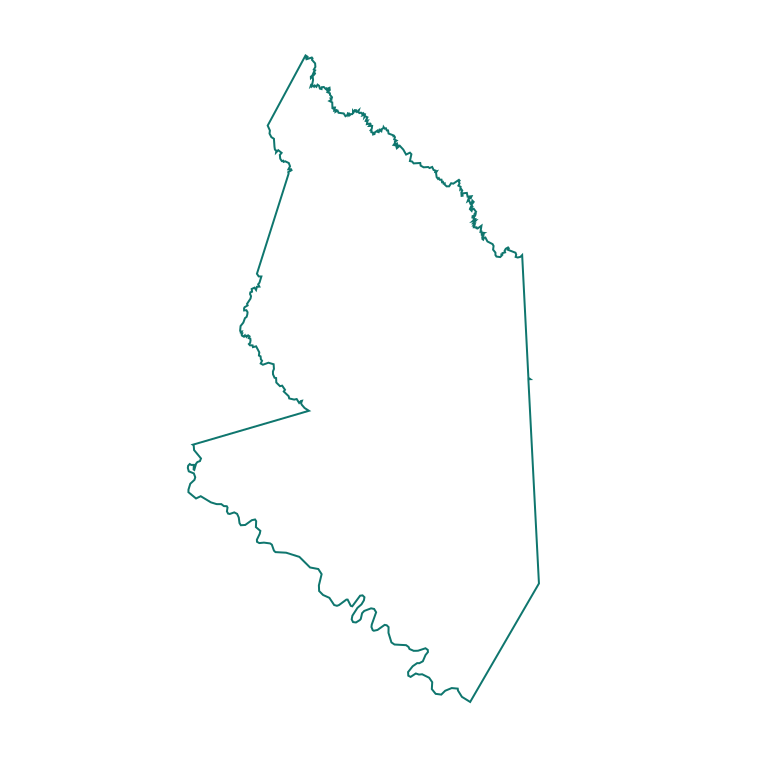 outline of Arauquita, Arauca, Colombia, rotated 216°
{"feature_id": "7082276B94752560507760", "entity_name": "Arauquita", "entity_type": "district", "adm_level": 2, "iso_a3": "COL", "parent_name": "Colombia", "parent_adm1": "Arauca", "projection": "equal_earth", "projection_center": [-71.114, 6.791], "detail": "fine", "context": "isolated", "style": "outline", "palette": "teal", "viewbox_px": 768, "rotation_deg": 216, "n_neighbors": 0, "source": "geoboundaries", "source_scale": "gbopen_adm2", "svg_char_len": 6166}
<svg xmlns="http://www.w3.org/2000/svg" viewBox="0 0 768 768"><g transform="rotate(216 384 384)"><path d="M270.2,473.1L348.0,569.5L348.4,567.0L350.2,564.9L352.2,564.2L353.1,566.4L354.8,567.5L362.7,565.4L362.8,567.1L363.9,567.4L365.0,565.0L364.7,562.6L363.4,561.7L365.1,559.5L364.3,558.1L365.1,557.7L364.3,556.7L364.6,555.0L367.9,553.2L369.6,553.8L371.1,555.8L374.7,556.8L376.5,560.1L378.4,561.0L384.1,560.1L388.1,562.1L389.1,561.2L388.6,559.1L389.5,559.1L390.9,560.6L390.9,562.3L391.9,562.2L391.6,563.6L392.6,563.5L391.8,565.1L393.5,564.2L393.5,563.2L394.8,564.6L395.4,563.9L398.2,569.3L399.7,564.8L400.7,564.4L401.3,565.1L403.4,563.6L404.1,565.6L404.8,564.9L404.9,567.3L406.2,566.4L405.8,570.2L408.0,567.7L407.3,571.0L408.7,570.5L409.1,571.8L410.4,570.8L411.0,571.9L409.2,573.8L409.8,575.4L410.7,575.0L410.7,577.4L414.4,578.5L415.4,577.0L414.9,575.6L417.3,576.0L417.8,578.2L416.8,578.3L416.7,579.5L418.6,580.3L418.5,584.0L420.3,584.3L419.7,583.1L420.3,580.8L423.3,582.6L423.8,581.2L424.6,583.9L423.1,585.2L423.5,587.4L426.5,584.7L429.3,587.3L432.6,584.3L431.1,582.5L431.8,581.8L434.0,584.4L434.4,586.5L436.1,587.1L436.5,586.1L438.0,588.6L440.4,588.2L440.8,590.7L442.5,591.8L442.4,593.0L443.4,593.2L445.7,586.8L447.7,585.9L447.5,582.2L449.5,580.7L452.0,581.0L452.8,582.0L453.6,581.1L455.1,582.2L455.7,581.4L457.6,583.1L459.0,582.0L460.7,582.8L460.9,581.7L463.0,582.3L466.2,585.6L466.3,587.1L467.3,585.8L467.8,586.9L469.7,586.3L472.6,587.9L474.1,585.5L475.8,585.5L479.3,582.6L482.7,582.2L484.6,584.1L489.7,579.9L492.0,580.5L494.1,579.6L496.9,586.0L499.0,586.4L501.0,582.6L506.2,585.0L511.3,586.0L512.2,582.3L513.5,583.3L513.3,584.8L514.4,584.2L513.9,585.5L514.9,586.2L515.5,584.0L516.7,583.2L516.7,585.2L517.6,586.4L516.9,588.3L519.5,587.9L520.2,590.1L521.7,590.7L522.1,590.0L522.9,590.6L527.5,589.3L529.8,591.5L530.8,590.8L532.8,592.0L533.6,591.0L535.3,591.6L534.9,590.8L535.6,588.9L534.7,586.9L536.4,586.8L537.1,588.3L536.3,584.6L537.8,584.1L538.3,585.0L539.3,582.2L538.6,580.6L539.5,579.5L540.6,580.9L542.2,580.3L542.8,581.4L543.9,581.2L543.9,583.2L545.3,585.8L547.7,584.0L547.6,586.4L548.2,586.6L550.6,584.2L551.7,586.6L552.3,586.4L552.2,587.5L553.5,586.4L554.2,590.0L556.6,589.6L556.7,588.4L557.8,590.7L559.2,588.8L559.4,590.8L560.1,590.9L560.4,589.6L562.1,590.0L563.2,588.7L564.7,589.0L565.3,590.7L565.8,588.2L566.8,588.5L566.9,587.1L567.6,589.0L568.6,588.4L568.3,586.2L569.5,586.6L568.3,584.9L568.4,583.6L569.5,582.8L569.7,581.4L570.7,582.0L570.8,580.3L571.4,580.8L571.2,582.0L572.3,581.8L571.7,580.0L572.6,578.0L575.6,579.2L580.2,576.7L582.3,577.9L583.2,575.8L583.9,577.2L585.0,575.9L586.2,578.8L587.0,578.2L586.6,577.0L587.8,576.8L591.4,581.4L594.5,580.9L593.6,583.0L595.1,583.7L594.3,584.5L594.6,585.4L597.7,586.2L598.6,587.4L601.2,586.9L600.6,589.7L602.2,591.6L603.2,589.9L601.6,590.2L602.0,588.9L602.9,589.1L602.5,588.1L604.4,589.1L604.6,588.4L607.3,588.9L608.8,587.5L607.9,585.9L609.5,585.3L611.8,587.1L613.7,587.1L613.4,584.7L615.4,584.8L615.3,583.4L617.2,583.7L617.3,582.3L618.0,582.8L618.3,581.7L618.9,583.4L618.3,584.4L620.1,588.3L622.6,591.0L623.0,588.6L623.8,589.6L623.3,591.5L623.9,594.1L622.4,593.2L622.3,594.6L624.0,595.4L624.1,597.3L625.6,597.1L625.9,600.2L628.2,602.9L632.8,603.9L633.2,605.4L634.3,605.7L637.6,601.2L639.0,602.3L637.8,602.7L638.2,603.8L640.6,603.7L630.0,524.7L625.3,522.0L623.8,519.3L620.2,517.5L617.2,517.7L612.0,511.5L610.0,509.5L608.3,509.5L607.4,507.9L607.0,511.0L602.7,510.8L602.9,508.1L600.4,505.3L597.7,504.3L596.8,505.4L595.8,504.7L594.8,506.1L590.9,506.8L588.0,504.9L587.5,501.5L585.4,503.1L584.5,502.6L586.0,499.1L584.8,498.1L551.6,398.5L548.6,397.4L546.4,398.9L544.3,392.8L544.4,390.7L542.1,389.5L544.0,387.9L542.8,384.9L545.4,385.8L546.9,383.1L545.0,381.1L546.0,379.6L545.3,378.1L543.2,376.9L542.2,374.6L541.9,368.3L540.5,367.4L541.9,364.2L541.7,363.0L540.4,361.3L538.7,362.8L536.6,361.9L535.6,360.2L534.6,357.6L535.2,355.5L533.9,351.0L534.1,346.6L531.8,342.7L530.9,342.0L529.9,342.9L529.7,341.4L528.5,341.8L528.1,340.1L526.9,339.6L525.8,339.9L525.3,341.3L524.7,340.4L523.5,342.1L522.8,341.6L522.5,343.5L520.7,343.5L520.3,341.6L518.8,342.1L517.6,340.8L516.5,338.6L516.8,336.9L515.2,336.5L513.0,338.0L511.7,336.8L509.6,339.3L503.5,336.3L501.9,333.5L500.1,333.8L498.1,331.6L496.3,331.1L495.8,328.1L493.3,328.4L490.0,333.3L484.9,335.1L481.9,331.5L481.2,328.8L479.5,326.6L476.2,324.7L474.8,325.4L472.0,321.9L466.9,321.1L465.4,322.8L460.7,321.1L460.7,319.0L454.0,318.1L452.2,316.6L447.5,318.6L445.8,320.5L441.5,318.8L441.2,321.4L440.5,322.2L439.8,319.7L438.4,318.9L434.2,317.9L429.0,318.2L503.0,222.5L501.9,222.5L498.8,218.9L488.3,216.2L487.6,213.4L489.1,211.2L489.2,209.1L487.0,203.0L487.8,203.0L490.3,206.8L492.4,205.2L494.1,205.1L494.4,202.8L493.4,200.8L490.6,198.6L485.3,199.9L481.9,197.6L481.0,195.0L482.1,189.5L480.1,183.6L478.6,181.5L468.8,180.9L466.3,185.5L454.5,186.5L448.9,188.4L445.0,191.2L441.8,191.1L439.4,192.7L438.0,192.1L436.2,188.6L433.9,187.5L432.4,188.2L429.7,192.1L426.5,192.6L423.0,190.6L419.1,186.5L416.8,185.6L413.4,188.4L410.9,196.1L408.7,198.6L406.8,197.9L403.5,192.9L397.7,192.5L396.5,189.8L395.3,183.3L394.0,181.7L391.4,182.0L387.9,185.1L382.4,188.1L380.3,188.1L375.1,184.5L373.0,184.2L364.0,190.0L350.8,194.4L336.0,192.1L328.4,195.7L322.7,193.5L318.3,182.8L314.8,178.4L309.3,177.5L302.5,178.9L294.4,175.9L291.7,176.9L290.5,178.6L287.7,187.5L286.7,188.2L280.5,185.0L279.0,185.5L278.9,198.7L277.1,200.4L274.5,200.0L273.1,197.2L272.7,192.5L273.9,187.3L273.4,178.0L271.8,174.6L269.1,173.2L266.5,174.6L264.8,178.8L264.7,180.3L267.0,185.7L266.6,188.8L262.6,194.9L259.8,196.2L256.2,194.7L252.5,182.2L251.3,180.0L248.4,178.2L247.2,178.4L244.7,181.2L241.9,189.5L240.0,190.4L237.4,190.0L234.1,185.3L226.1,179.3L222.4,179.4L212.6,185.7L209.6,185.7L207.6,184.6L203.1,185.6L199.7,188.2L195.1,194.6L192.3,194.6L190.9,193.0L191.1,189.1L189.6,182.5L191.3,178.9L193.1,177.7L194.9,172.5L195.2,165.1L192.9,162.3L190.3,162.7L188.1,168.5L184.9,169.5L182.5,171.6L174.8,172.9L169.7,171.1L166.0,165.3L160.1,163.7L155.1,166.4L154.2,171.8L150.5,177.8L145.3,180.9L144.0,179.5L137.1,176.7L127.4,177.4L141.4,313.7L270.0,472.7L268.5,473.9L270.0,473.9L270.2,473.1Z" fill="none" stroke="#0f766e" stroke-width="2"/></g></svg>